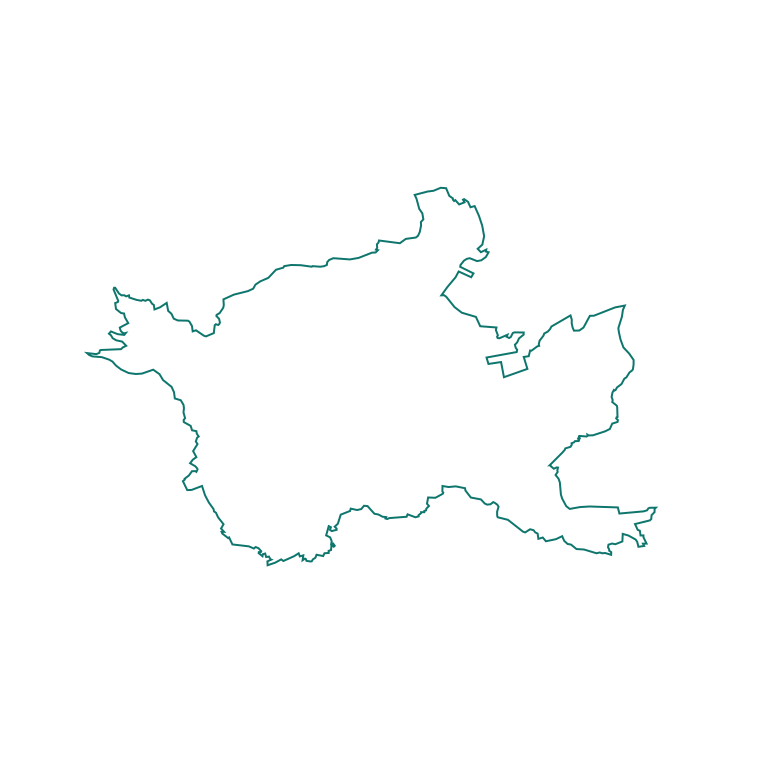 outline of Ileanda, Salaj, Romania, rotated 195°
{"feature_id": "2599482B39654987935311", "entity_name": "Ileanda", "entity_type": "district", "adm_level": 2, "iso_a3": "ROU", "parent_name": "Romania", "parent_adm1": "Salaj", "projection": "natural_earth1", "projection_center": [23.607, 47.339], "detail": "fine", "context": "isolated", "style": "outline", "palette": "teal", "viewbox_px": 768, "rotation_deg": 195, "n_neighbors": 0, "source": "geoboundaries", "source_scale": "gbopen_adm2", "svg_char_len": 6148}
<svg xmlns="http://www.w3.org/2000/svg" viewBox="0 0 768 768"><g transform="rotate(195 384 384)"><path d="M374.7,589.2L380.0,588.2L386.1,583.5L391.7,581.2L403.3,574.6L400.5,571.3L395.3,562.3L391.1,558.7L388.6,553.2L390.3,550.0L389.2,546.7L388.8,540.1L389.5,536.0L391.2,533.7L400.5,529.8L405.1,524.1L426.0,521.3L425.9,519.2L427.0,517.1L425.8,513.7L426.5,511.7L424.5,511.7L426.1,508.9L429.7,507.7L441.2,499.2L449.2,495.5L465.5,492.4L469.1,489.6L470.4,487.0L470.0,484.2L472.6,482.2L475.9,480.8L483.7,479.3L484.1,478.6L495.2,477.2L504.6,474.9L510.9,472.0L511.4,470.3L517.9,466.4L523.2,456.6L530.0,451.2L533.9,446.7L535.0,442.2L539.5,438.5L552.1,431.5L561.0,424.2L559.2,418.8L559.0,416.1L561.1,410.0L563.6,407.4L563.5,406.3L560.1,404.2L558.4,400.9L558.6,399.3L559.4,398.1L561.9,398.2L562.7,397.0L561.6,389.1L568.3,383.9L570.4,384.0L579.5,387.2L582.4,385.3L584.5,390.3L588.1,393.9L589.8,394.4L599.6,392.0L604.0,392.7L607.5,396.8L611.4,398.8L614.9,406.1L620.2,400.1L625.0,396.6L626.8,400.8L628.8,401.5L631.8,404.2L633.9,404.4L636.0,402.6L638.8,402.8L639.9,401.6L644.6,401.2L652.4,401.6L653.3,403.6L655.8,401.9L657.9,402.5L660.5,401.7L663.4,402.8L668.6,407.4L669.6,407.1L669.7,405.3L662.2,395.5L662.3,394.3L664.6,392.6L662.3,387.1L656.4,384.5L653.3,384.8L651.6,381.4L646.8,376.6L653.8,370.1L652.2,367.3L650.3,366.1L648.4,365.5L646.6,366.5L647.6,364.2L654.2,363.2L661.4,364.1L662.7,361.4L660.5,360.5L657.9,358.0L654.0,356.9L647.9,357.2L642.9,354.2L645.9,351.6L647.0,349.6L666.5,343.5L667.1,342.9L667.0,340.4L669.6,338.4L678.9,337.0L676.3,335.7L672.7,335.2L663.6,336.9L655.8,336.4L652.1,335.4L647.6,332.4L641.7,330.0L633.5,328.5L626.4,329.4L620.5,331.4L610.6,338.1L603.4,335.4L598.4,330.6L588.4,326.2L584.7,321.7L582.3,315.9L576.1,315.7L572.3,312.0L571.0,309.0L570.3,304.6L567.3,299.5L568.2,297.3L567.5,295.4L559.9,293.5L557.4,289.6L553.0,289.9L552.0,287.6L549.4,285.3L550.6,283.8L550.9,279.8L548.6,277.7L551.0,269.8L546.3,264.8L549.1,261.4L550.8,257.3L545.0,255.7L542.3,253.9L542.0,253.0L542.5,250.6L543.6,251.0L546.9,250.1L548.8,245.1L552.1,240.8L551.7,240.1L553.1,238.1L546.6,230.6L542.4,231.9L533.4,238.4L528.0,230.1L522.4,224.1L516.3,219.1L515.2,216.9L513.0,216.2L509.8,212.3L502.7,207.0L504.0,202.2L500.2,199.8L502.6,199.1L501.5,197.7L494.6,194.8L493.9,195.7L488.9,189.8L472.5,192.2L467.1,191.4L465.8,193.3L462.7,192.9L459.3,190.7L459.5,189.7L461.4,189.2L461.3,188.2L456.8,186.2L456.9,188.3L454.9,189.5L453.1,186.4L450.4,187.5L448.5,185.4L447.4,185.2L450.7,182.5L449.5,178.8L442.8,183.3L437.9,188.0L435.4,187.0L426.4,194.3L422.6,198.4L420.7,195.7L417.6,197.6L417.0,192.7L415.1,194.9L414.2,194.7L413.1,193.1L408.8,193.6L407.9,194.0L407.3,196.2L405.3,198.4L405.0,201.6L398.2,202.1L397.7,205.1L393.7,206.5L394.3,208.5L392.2,209.9L393.0,214.8L390.4,213.8L389.7,215.0L391.9,216.8L393.6,215.8L393.8,218.6L396.3,221.9L400.7,222.8L400.6,232.4L398.2,231.9L398.5,229.2L396.4,228.4L392.0,230.9L392.4,232.1L394.7,233.4L392.4,237.1L392.0,246.6L383.9,252.6L383.9,255.0L377.4,255.3L373.6,257.3L371.8,261.2L368.3,261.8L359.7,256.2L355.7,256.5L351.0,255.4L347.5,256.0L347.8,254.5L346.0,254.4L344.1,255.9L327.8,261.6L327.5,264.2L319.2,263.4L316.3,265.1L316.7,266.2L314.8,268.8L315.0,269.8L311.9,270.6L312.2,271.9L310.7,272.8L310.8,274.6L309.0,277.8L311.5,279.5L312.0,285.8L304.9,287.4L298.8,293.2L298.6,294.4L299.8,295.3L301.1,300.6L294.9,301.2L288.2,303.7L278.7,304.3L277.8,302.2L270.7,296.8L260.5,297.6L255.7,294.6L253.1,294.2L250.0,295.4L247.9,298.2L246.4,297.9L243.4,296.8L241.6,295.2L241.7,289.9L240.5,285.8L239.6,284.7L229.2,284.9L211.4,277.3L209.2,277.2L205.3,281.5L201.7,281.5L199.5,279.8L196.9,279.3L194.8,274.4L190.9,276.8L186.9,274.0L177.8,278.6L172.5,283.1L169.4,279.2L165.3,277.0L161.8,277.3L155.4,274.4L148.0,275.9L134.9,275.5L132.0,277.1L129.3,277.0L126.7,278.0L120.4,277.8L121.0,280.4L123.3,281.2L123.8,282.7L125.4,284.3L125.6,286.9L122.4,288.9L119.1,289.1L113.0,293.6L114.6,301.0L108.7,300.9L100.7,298.9L98.6,297.1L96.1,292.6L90.8,294.9L92.5,296.8L89.1,297.8L93.7,303.1L94.2,304.9L97.0,304.1L98.9,308.5L101.2,308.8L105.3,313.7L92.0,321.0L90.9,322.7L91.6,326.6L89.5,330.3L90.3,333.3L89.4,334.9L95.3,333.2L96.5,332.2L97.2,330.1L100.2,328.2L123.1,319.8L126.2,325.3L153.7,318.9L162.7,315.9L172.3,311.4L176.4,313.2L182.3,319.5L184.5,323.0L188.7,334.5L190.9,337.7L194.7,340.5L193.5,344.1L194.2,345.2L194.3,348.3L195.7,348.1L198.0,346.1L201.9,347.9L202.1,348.9L202.8,348.6L193.9,364.0L192.3,367.3L192.2,368.7L187.6,371.6L186.9,374.0L187.5,375.3L185.3,376.9L184.8,378.2L181.2,379.3L181.0,380.8L182.4,381.3L182.1,382.6L181.2,382.7L182.1,384.0L181.8,384.4L174.8,385.7L173.9,386.6L174.4,387.7L173.0,387.3L168.9,388.5L158.2,395.5L154.2,399.0L153.3,404.8L148.6,407.8L148.7,409.7L150.8,410.8L150.7,412.1L149.9,412.5L152.7,421.8L153.5,423.3L158.9,425.7L158.9,427.6L160.8,430.4L161.1,434.8L160.4,437.7L159.6,437.3L158.7,438.3L158.1,440.9L154.6,445.4L153.2,451.4L151.6,453.1L149.9,458.6L147.8,461.4L147.4,462.6L147.9,467.1L149.1,471.8L155.0,476.8L162.2,481.3L167.0,488.1L170.4,494.6L172.1,498.6L171.6,510.7L172.4,517.3L171.7,522.1L180.6,517.8L198.9,504.3L202.8,503.1L205.9,490.2L209.2,486.2L214.3,484.7L216.4,487.3L218.4,491.2L219.3,494.8L221.6,498.5L237.2,482.8L237.8,480.0L239.4,477.0L242.3,474.2L242.5,471.9L244.9,466.2L244.8,462.6L244.0,461.0L245.6,460.1L250.2,454.3L251.5,454.2L251.4,448.3L256.0,446.3L249.4,435.7L269.9,421.6L276.6,435.5L288.3,430.4L291.8,436.1L264.1,449.2L264.2,451.5L266.1,453.0L267.7,455.8L266.1,458.7L265.4,463.0L261.9,467.8L262.4,469.9L271.5,467.6L272.8,466.5L273.7,462.2L275.1,460.8L277.8,461.4L277.5,463.5L284.3,458.1L286.1,457.8L287.0,458.9L286.6,460.5L289.9,465.1L290.0,467.7L306.0,464.7L312.6,472.6L327.3,473.0L335.7,476.5L346.5,484.4L349.0,485.3L351.5,484.5L347.9,494.0L342.5,505.6L341.0,512.0L327.4,509.7L326.2,514.0L340.7,516.9L340.9,518.8L338.7,523.8L336.3,526.4L333.7,527.7L325.9,526.8L322.0,528.7L318.5,533.0L317.1,538.3L319.8,538.3L320.0,540.3L324.5,536.4L328.5,538.8L325.1,544.1L325.5,552.6L330.2,562.5L335.8,571.0L342.5,579.3L346.2,577.1L350.0,581.7L354.5,583.3L355.4,582.5L353.3,580.3L357.9,576.9L362.7,580.1L363.6,578.9L365.2,579.9L365.5,581.1L369.6,582.6L374.7,589.2Z" fill="none" stroke="#0f766e" stroke-width="2"/></g></svg>